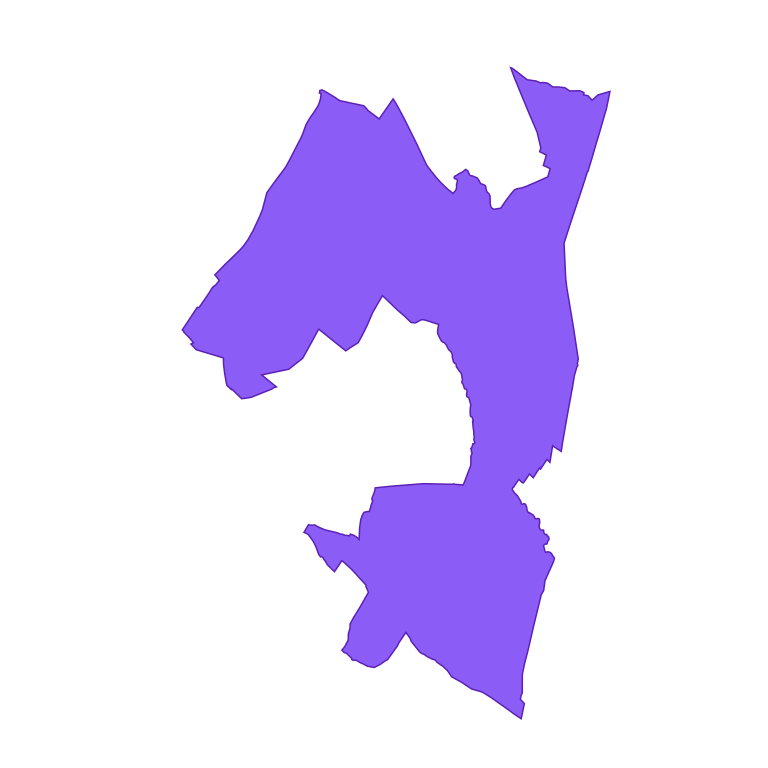 the district of San Jerónimo Tecuanipan, Puebla, Mexico, rotated 184°
{"feature_id": "50627088B48077381885537", "entity_name": "San Jerónimo Tecuanipan", "entity_type": "district", "adm_level": 2, "iso_a3": "MEX", "parent_name": "Mexico", "parent_adm1": "Puebla", "projection": "equal_earth", "projection_center": [-98.397, 19.039], "detail": "fine", "context": "isolated", "style": "filled", "palette": "violet", "viewbox_px": 768, "rotation_deg": 184, "n_neighbors": 0, "source": "geoboundaries", "source_scale": "gbopen_adm2", "svg_char_len": 6158}
<svg xmlns="http://www.w3.org/2000/svg" viewBox="0 0 768 768"><g transform="rotate(184 384 384)"><path d="M201.8,222.0L202.3,222.7L202.6,223.3L203.4,224.0L204.8,226.2L206.0,227.3L206.9,227.7L208.6,228.1L209.7,227.9L210.4,227.5L211.0,227.4L211.6,227.9L212.0,228.6L212.4,230.6L213.4,233.2L213.4,233.8L213.3,234.3L213.0,234.8L212.3,235.4L211.8,235.6L210.4,235.7L210.0,236.6L209.9,238.1L208.6,240.3L208.7,241.7L209.0,242.7L209.5,243.4L210.5,244.0L211.3,245.3L212.6,245.2L213.6,246.0L214.1,246.7L214.6,249.4L215.1,249.4L215.6,249.1L217.1,249.3L218.5,250.5L219.2,252.0L219.3,253.6L219.2,255.7L219.0,256.3L219.0,257.0L219.5,259.8L220.0,260.5L221.3,260.6L222.7,259.9L223.0,259.9L224.0,260.7L224.8,262.2L226.0,263.4L226.4,264.0L227.3,264.3L230.2,265.9L231.0,265.7L231.7,266.9L232.3,267.5L232.8,269.7L233.1,271.2L233.8,272.3L233.9,272.9L234.2,273.6L235.2,274.3L236.2,274.4L237.4,273.7L238.0,273.6L238.7,274.5L239.1,275.8L239.9,277.3L243.2,281.9L245.3,283.7L246.6,284.7L246.9,285.6L248.4,287.0L248.7,287.8L248.4,289.0L248.4,289.7L247.6,290.0L242.8,298.3L239.2,295.2L237.9,295.2L232.6,304.4L228.6,300.9L223.0,311.1L221.9,310.0L216.2,320.1L213.0,317.4L211.5,334.1L202.5,329.1L201.8,337.6L201.0,345.7L199.2,363.2L196.9,383.7L196.2,390.3L196.0,391.1L194.7,405.5L192.8,414.5L192.2,415.4L191.9,416.3L192.6,417.8L191.9,422.2L198.8,453.0L208.5,493.5L210.2,502.7L214.2,537.1L209.2,557.3L199.8,593.9L196.0,609.4L195.1,611.0L194.9,612.5L192.5,622.9L189.1,638.6L186.9,648.1L182.6,668.4L181.3,674.0L179.0,691.6L190.7,687.3L196.2,681.6L200.8,685.9L205.1,686.3L204.8,688.6L209.0,690.2L219.1,689.3L224.3,692.2L231.1,692.5L236.4,692.1L241.7,695.5L246.5,695.9L248.5,695.3L253.6,696.9L262.4,697.5L277.5,707.6L279.7,708.4L275.9,699.9L269.4,686.6L259.5,666.7L248.8,645.8L244.0,630.4L244.9,626.6L238.0,623.7L240.3,613.1L233.3,610.5L234.9,602.9L234.8,602.2L248.4,594.9L252.9,592.7L254.7,591.6L258.7,589.9L261.1,589.0L263.6,588.4L265.4,587.8L267.4,586.8L270.8,582.2L274.8,576.1L279.8,567.6L286.5,566.0L288.3,566.7L289.9,568.5L290.6,571.1L291.3,578.9L292.6,581.2L294.5,582.6L295.7,585.2L296.2,587.7L297.0,589.2L301.7,590.8L303.4,593.6L305.4,596.1L310.5,597.8L312.3,597.9L313.2,598.6L315.4,602.6L317.5,603.8L320.6,600.9L323.4,599.3L325.8,597.5L327.7,596.4L328.5,595.1L328.0,593.9L326.9,593.5L325.8,593.3L325.0,592.6L325.0,590.9L325.6,588.2L325.3,584.6L326.0,582.1L328.6,578.9L330.2,580.2L333.6,582.4L341.5,589.0L347.0,594.4L349.1,596.8L352.0,599.9L356.5,605.1L358.4,608.3L367.8,625.3L382.1,649.7L388.2,659.5L392.2,665.6L394.8,669.1L407.3,648.1L419.1,655.7L419.3,656.0L420.5,657.4L423.5,660.1L448.6,663.7L448.5,664.0L449.1,664.2L452.7,666.4L462.2,671.3L466.4,673.1L468.5,672.3L468.7,669.7L467.1,669.6L467.1,666.6L467.3,663.9L468.1,660.2L469.2,656.9L473.2,649.5L476.0,645.1L478.3,640.6L479.9,637.2L482.5,628.0L484.0,623.8L494.0,600.6L497.0,594.0L501.1,587.4L505.4,580.9L514.2,566.7L517.4,549.7L519.5,543.1L525.2,528.1L529.8,518.4L533.8,511.9L537.2,507.5L550.4,492.8L560.3,481.1L555.5,475.8L557.4,473.0L558.8,471.1L561.2,469.1L562.1,467.9L563.3,465.8L564.5,463.2L573.4,448.1L573.8,447.4L574.6,447.3L575.6,447.5L589.0,423.9L587.3,422.6L587.5,422.0L581.8,416.9L576.9,411.9L579.4,410.4L573.7,405.1L546.3,398.9L546.0,398.5L545.6,393.9L545.0,390.1L543.7,383.5L541.5,374.5L540.6,371.6L535.9,367.8L535.6,368.4L524.9,359.4L517.7,360.9L515.3,361.6L495.8,371.0L493.5,372.7L491.1,373.6L506.7,384.5L480.0,392.1L466.9,404.0L459.7,419.4L453.0,434.2L424.5,414.4L420.2,417.9L412.6,423.4L408.9,431.5L404.9,441.3L400.2,454.7L391.7,472.0L375.1,458.2L368.2,453.1L361.4,447.3L357.7,447.1L356.3,447.4L352.2,450.2L350.0,450.9L348.1,450.7L346.0,450.3L341.8,449.3L340.9,449.0L333.7,447.3L334.2,441.3L334.2,439.3L333.8,437.8L333.1,436.4L330.7,432.4L330.0,431.2L328.5,429.9L327.0,429.6L325.9,428.6L324.0,426.7L323.6,425.4L321.8,422.7L319.7,421.1L318.7,419.7L317.9,418.2L317.8,415.6L317.3,414.3L316.2,410.8L315.0,409.5L313.9,409.4L313.4,408.5L313.0,406.1L311.9,404.9L309.8,402.2L307.7,400.2L306.1,393.8L306.4,392.0L306.5,390.8L305.2,389.5L303.4,385.0L302.6,384.7L301.5,384.5L300.6,382.6L300.7,381.1L301.0,380.0L300.8,378.6L300.5,377.3L298.4,376.1L295.9,369.2L296.2,367.5L296.2,362.9L295.7,358.9L295.4,357.8L293.7,357.0L292.6,354.3L292.4,352.9L293.0,353.0L292.9,352.1L291.9,346.1L291.1,342.7L290.9,340.4L290.3,337.4L290.5,334.7L289.3,331.8L289.6,331.1L291.1,330.7L292.1,326.3L292.8,326.0L292.9,325.5L292.2,324.1L292.2,323.3L292.0,322.5L291.3,321.6L291.5,320.5L292.3,317.9L292.4,317.0L292.1,316.1L292.0,313.6L291.8,311.8L291.9,308.3L295.1,298.0L296.6,292.8L298.0,288.8L306.0,288.9L307.4,289.2L309.6,288.7L337.9,287.3L370.0,282.5L385.5,279.8L385.7,277.3L386.4,274.3L387.6,270.7L388.1,268.7L387.9,267.7L387.2,267.0L387.2,266.4L387.5,265.2L388.5,261.8L389.3,257.5L389.8,255.8L391.3,255.7L394.8,254.7L395.7,253.5L396.8,250.7L397.0,249.4L397.7,247.3L398.3,239.1L398.0,227.2L400.4,229.2L402.8,230.6L405.0,231.4L407.0,231.9L407.4,231.3L407.5,230.4L408.3,230.1L409.3,230.1L410.1,230.4L412.1,230.3L415.1,231.3L415.9,231.0L420.7,232.4L432.7,234.4L437.7,236.1L441.5,237.7L443.3,238.6L445.2,238.2L448.3,238.1L449.5,238.4L453.5,230.4L450.6,229.4L448.9,228.4L443.9,222.4L442.3,220.0L440.8,217.3L438.9,213.2L437.3,209.4L435.2,207.1L434.6,207.4L433.7,207.2L432.8,206.6L431.4,204.4L430.2,203.2L427.8,199.6L420.3,193.3L413.8,204.7L412.7,204.2L404.1,197.4L400.5,194.2L395.7,189.5L387.9,182.1L387.9,180.7L385.0,175.1L392.3,159.9L397.9,149.2L401.1,142.2L400.9,139.0L401.0,137.3L402.0,133.2L402.1,130.5L401.9,128.8L401.9,125.9L404.9,119.2L407.5,115.5L405.0,113.3L403.0,113.0L397.1,108.1L396.9,106.9L395.9,106.2L394.8,106.5L393.4,106.5L391.8,106.2L388.2,104.3L385.5,103.4L380.6,101.2L379.2,101.2L376.3,100.7L373.8,100.6L367.9,104.2L364.9,106.8L361.1,109.4L352.3,123.7L351.1,126.9L344.8,137.7L340.2,132.1L338.9,129.2L329.8,119.3L327.9,117.9L325.0,117.0L323.2,115.8L320.6,114.5L317.3,113.1L313.5,112.1L311.7,110.1L305.5,106.4L300.7,102.5L296.1,96.6L286.5,92.2L275.2,85.8L264.6,83.6L255.5,78.8L237.7,68.0L231.8,64.2L223.8,59.6L221.7,75.0L225.9,78.9L225.7,82.0L224.5,85.6L225.4,98.4L225.7,104.4L224.2,115.3L221.7,128.7L217.8,153.3L212.4,184.9L210.3,189.1L209.7,199.0L202.6,218.3L201.8,222.0Z" fill="#8b5cf6" stroke="#5b21b6" stroke-width="1.5"/></g></svg>